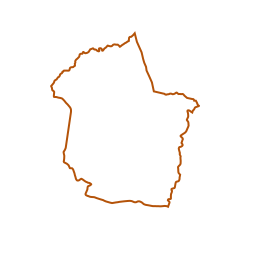 Santa Elena, La Paz, Honduras (Albers equal-area conic projection), rotated 150°
{"feature_id": "27666195B24762769200166", "entity_name": "Santa Elena", "entity_type": "district", "adm_level": 2, "iso_a3": "HND", "parent_name": "Honduras", "parent_adm1": "La Paz", "projection": "albers", "projection_center": [-88.165, 14.069], "detail": "fine", "context": "isolated", "style": "outline", "palette": "amber", "viewbox_px": 256, "rotation_deg": 150, "n_neighbors": 0, "source": "geoboundaries", "source_scale": "gbopen_adm2", "svg_char_len": 5763}
<svg xmlns="http://www.w3.org/2000/svg" viewBox="0 0 256 256"><g transform="rotate(150 128 128)"><path d="M74.8,206.7L77.0,205.9L79.4,205.4L79.7,205.4L80.2,205.6L80.4,205.8L80.7,205.9L81.1,205.9L81.5,205.8L81.9,205.6L83.5,203.5L83.6,203.1L83.9,202.9L85.0,203.1L86.8,202.9L88.3,203.0L90.1,202.8L91.4,202.8L94.0,202.4L94.3,202.4L94.5,202.5L94.5,203.3L95.2,205.3L95.9,205.7L96.7,206.1L97.3,206.7L98.0,207.2L98.7,207.4L99.3,207.5L99.9,207.3L100.7,207.1L101.3,207.1L101.7,207.2L102.3,207.5L103.8,208.8L104.0,209.0L104.2,209.4L104.4,209.5L104.9,209.4L106.7,208.8L108.7,208.6L110.7,207.7L111.1,207.6L111.4,207.7L111.6,207.8L111.6,208.2L111.6,208.8L111.3,209.4L111.3,209.7L111.5,210.3L111.8,210.7L112.2,211.0L112.7,211.2L113.1,211.3L113.3,211.3L113.5,211.1L113.7,210.9L113.9,209.8L114.2,209.3L114.4,209.1L114.6,209.0L114.9,209.0L115.1,209.1L115.5,209.5L115.9,210.1L116.2,210.6L116.4,211.5L116.7,211.9L116.9,212.2L117.5,212.5L117.9,212.9L118.1,213.3L118.3,214.2L118.4,214.4L118.5,214.5L119.0,214.6L119.9,214.7L121.0,214.9L121.3,215.0L121.9,214.7L124.0,213.6L124.8,213.5L125.7,213.5L126.8,213.8L127.4,214.0L127.7,214.3L128.0,214.6L128.5,216.0L128.8,216.2L129.0,216.1L129.3,215.8L129.6,215.6L130.1,215.3L130.5,215.2L130.7,215.3L131.2,215.7L131.9,215.9L132.4,215.9L132.9,215.9L133.4,215.5L134.3,214.4L134.7,214.1L137.1,213.4L138.4,213.2L139.3,212.9L140.0,212.5L140.4,212.1L140.7,211.3L141.0,210.9L141.9,210.3L142.2,209.6L142.6,208.8L142.8,208.5L143.0,208.4L143.4,208.4L144.1,208.4L145.0,208.2L145.6,208.4L146.2,208.7L146.6,208.9L147.2,209.1L147.7,209.1L148.1,209.0L148.4,208.8L149.7,207.5L150.1,207.3L150.4,207.3L151.1,207.5L152.4,208.4L154.7,209.7L154.9,209.7L156.0,209.2L156.2,209.3L156.3,209.5L156.5,209.5L156.9,209.3L157.4,208.8L157.9,208.5L158.4,208.5L159.1,208.6L159.8,208.4L160.2,208.2L160.8,207.5L161.9,206.9L162.4,206.8L163.1,206.9L163.5,206.8L163.9,206.6L164.9,206.1L165.5,205.8L166.1,205.8L167.1,205.8L167.7,205.7L168.2,205.5L169.3,204.5L169.7,204.2L170.4,203.9L173.6,202.7L173.8,200.8L174.3,199.7L174.6,198.5L174.5,198.1L174.2,197.8L174.0,197.3L173.9,196.8L173.9,196.2L174.4,195.4L176.3,192.7L176.4,192.3L176.5,192.0L176.3,191.8L176.0,191.5L174.9,190.9L174.2,190.3L173.2,189.2L171.4,187.7L170.5,186.7L170.3,186.4L170.0,185.5L169.5,183.4L169.1,180.7L168.5,178.5L167.9,175.0L167.9,173.8L168.0,173.2L168.2,172.5L168.7,171.5L169.3,170.5L191.9,141.9L192.7,141.3L193.3,140.8L193.8,140.5L194.6,140.1L195.8,139.4L196.4,137.9L197.0,135.9L197.3,135.4L198.5,133.5L199.7,131.9L200.2,131.4L200.4,131.1L200.5,130.5L200.4,130.1L198.8,127.6L198.5,126.8L198.1,125.5L198.1,125.0L198.2,124.5L198.2,124.0L198.4,122.7L198.4,122.3L198.0,122.0L196.6,121.1L196.4,120.5L196.3,119.7L196.3,119.4L197.0,115.6L197.7,113.3L197.8,112.7L198.0,111.7L198.3,110.8L198.5,109.9L198.5,109.1L198.4,108.3L198.2,108.0L197.9,107.7L197.5,107.5L197.1,107.3L196.2,107.2L195.1,107.4L194.4,107.4L193.9,107.4L193.6,107.1L193.1,106.3L191.9,103.6L191.6,103.0L191.2,102.3L190.4,101.3L190.1,100.7L188.9,99.7L188.7,99.4L188.3,98.7L188.0,97.9L188.0,97.7L188.6,97.4L189.6,97.3L191.6,97.5L192.0,97.4L192.4,97.1L192.9,96.5L194.0,95.0L197.5,92.4L197.8,92.0L198.0,91.6L198.0,91.1L197.8,90.6L197.3,89.9L196.9,89.3L196.3,88.8L195.8,88.0L195.0,87.2L194.1,86.5L192.0,85.1L191.4,84.5L190.3,83.1L187.7,80.2L185.6,78.0L184.8,76.7L183.7,75.3L180.6,72.1L179.7,71.3L179.4,71.0L178.7,70.7L175.7,69.6L173.8,68.8L172.3,68.3L167.9,66.4L164.2,64.7L162.7,63.9L161.9,63.3L161.3,62.8L159.7,60.7L159.1,60.2L158.8,60.0L158.1,59.7L156.2,59.5L155.1,59.0L154.3,58.2L153.6,57.2L153.2,56.5L152.4,54.2L151.3,52.8L150.6,52.2L149.0,50.9L146.6,48.8L145.8,48.1L139.7,44.4L138.8,43.8L135.1,42.1L133.6,41.0L133.1,40.4L132.7,39.8L129.5,42.5L129.2,42.9L129.1,43.1L129.1,43.4L129.6,45.3L129.6,45.5L129.4,45.7L129.0,46.0L128.6,46.1L128.3,46.0L127.5,45.6L126.7,45.3L126.4,45.3L126.2,45.4L125.7,46.2L124.6,48.1L124.0,48.9L123.6,49.4L122.4,50.3L121.4,51.4L121.3,51.7L121.4,52.2L121.3,52.5L121.1,53.0L120.9,53.3L120.7,53.4L120.2,53.4L118.2,52.9L117.8,52.8L117.6,52.9L117.0,53.3L114.6,56.2L114.1,56.7L113.6,57.1L113.4,57.2L112.8,57.2L112.3,57.1L111.5,56.8L110.6,56.8L110.2,56.9L109.8,57.2L108.9,58.0L108.1,59.3L106.2,61.5L106.3,61.9L106.6,63.4L106.6,63.9L106.5,64.4L106.0,65.5L105.0,67.4L104.3,69.0L104.0,69.3L103.4,69.5L102.6,69.8L101.7,70.0L101.2,70.2L100.8,70.5L100.4,70.7L99.8,71.6L98.8,73.2L97.5,76.0L96.6,77.1L96.5,77.6L96.5,78.4L96.3,79.5L96.2,79.7L95.8,80.1L95.6,80.3L94.7,83.8L94.2,85.0L93.7,85.4L93.2,85.7L92.9,85.7L91.9,85.4L91.2,85.3L90.0,85.4L89.6,85.6L89.3,85.8L89.1,86.2L89.0,86.7L89.0,87.1L89.2,87.8L89.1,88.2L89.0,88.5L88.3,89.0L86.9,90.3L86.1,90.9L86.0,91.2L85.9,91.7L85.9,92.2L86.1,92.9L86.4,93.9L86.5,94.4L86.5,94.7L86.4,94.9L86.0,95.1L83.8,95.3L81.5,95.4L80.7,95.5L79.8,95.8L78.8,96.3L77.8,97.1L75.2,99.0L74.4,99.7L74.2,100.0L73.8,100.9L73.1,102.3L72.9,102.9L72.8,103.8L73.0,104.5L73.0,104.8L73.0,105.6L72.8,105.8L70.3,107.6L70.1,107.9L69.5,108.9L69.0,110.0L68.6,111.0L68.2,112.6L68.1,112.9L67.8,113.2L67.6,113.3L67.2,113.3L66.8,113.1L66.4,112.8L65.8,111.8L65.1,110.1L64.7,109.5L64.6,109.3L63.3,110.5L62.5,110.8L61.6,111.0L60.1,112.0L59.7,112.2L58.9,112.2L55.8,111.6L55.7,111.6L55.5,111.8L55.9,112.7L55.9,113.5L55.9,114.2L55.7,115.0L55.6,116.9L55.6,117.7L57.0,118.6L56.8,119.0L56.8,119.3L56.9,120.0L57.0,120.3L57.8,120.9L58.8,121.8L60.8,123.6L61.6,124.3L61.8,124.5L62.9,127.6L63.2,129.2L63.6,130.1L65.3,130.9L65.8,131.4L66.6,131.8L67.2,132.1L67.4,132.4L68.0,134.0L68.1,134.3L68.3,134.4L68.8,134.5L69.5,134.4L70.4,134.4L71.4,134.5L71.9,134.7L72.5,135.0L73.3,136.0L74.3,136.7L74.7,136.8L75.3,136.8L75.7,136.9L76.3,137.1L77.4,137.6L78.1,137.7L78.5,137.9L79.1,138.6L79.3,139.3L87.3,146.8L84.5,155.5L83.7,162.9L83.2,168.5L81.8,171.9L81.3,176.4L80.4,180.1L78.4,186.7L77.2,198.2L74.8,206.7Z" fill="none" stroke="#b45309" stroke-width="2"/></g></svg>